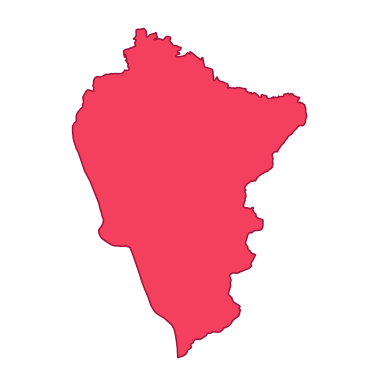 Botene, Xaignabouri, Laos (Mercator projection), rotated 178°
{"feature_id": "54806243B51451438930517", "entity_name": "Botene", "entity_type": "district", "adm_level": 2, "iso_a3": "LAO", "parent_name": "Laos", "parent_adm1": "Xaignabouri", "projection": "mercator", "projection_center": [101.063, 17.709], "detail": "fine", "context": "isolated", "style": "filled", "palette": "rose", "viewbox_px": 384, "rotation_deg": 178, "n_neighbors": 0, "source": "geoboundaries", "source_scale": "gbopen_adm2", "svg_char_len": 6045}
<svg xmlns="http://www.w3.org/2000/svg" viewBox="0 0 384 384"><g transform="rotate(178 192 192)"><path d="M309.0,262.5L309.3,257.0L308.8,249.6L308.0,246.1L306.3,239.9L304.2,235.4L298.6,216.9L293.3,205.9L285.5,184.0L284.5,178.6L283.3,174.5L282.6,170.8L281.4,167.7L282.2,163.6L283.9,160.5L286.5,157.6L286.4,154.1L285.0,150.6L283.0,148.0L279.0,145.1L274.4,142.1L272.0,141.1L263.5,140.1L260.3,140.4L255.8,138.7L253.7,132.8L248.4,115.6L244.7,102.4L242.8,96.9L239.8,89.4L237.1,80.4L235.6,77.3L232.6,72.9L230.8,71.2L224.3,67.0L217.0,60.1L214.7,55.5L213.6,50.3L212.7,43.2L212.1,35.4L212.1,27.7L211.9,27.0L206.8,28.4L204.9,29.4L203.4,30.6L202.7,31.8L201.8,34.0L201.4,34.5L198.4,36.2L198.1,36.9L198.3,38.1L198.9,39.7L198.3,40.1L197.0,40.5L196.2,41.2L195.4,42.8L194.5,44.1L193.5,44.6L192.5,44.7L189.2,44.5L187.8,45.0L182.8,48.1L181.7,50.0L181.1,50.2L178.0,50.3L176.4,51.4L175.7,51.5L170.5,51.0L169.1,51.2L168.4,51.5L166.9,52.7L165.0,54.7L164.1,55.2L161.9,55.9L160.1,56.8L158.3,58.3L155.4,62.5L149.4,66.7L147.9,72.1L147.9,72.5L149.1,73.8L149.1,74.1L148.0,75.7L148.3,76.4L148.7,76.8L154.3,80.6L155.6,83.2L155.7,84.4L156.1,85.1L156.8,86.0L158.6,87.6L159.0,88.4L159.0,90.1L158.7,91.0L157.6,93.8L157.5,94.8L156.8,96.2L156.6,97.3L156.8,98.7L157.1,99.4L156.0,102.7L157.4,106.8L156.9,107.8L156.0,108.7L154.4,109.6L153.4,109.7L150.6,109.3L149.0,109.4L147.9,109.8L146.6,110.6L143.8,111.4L137.1,114.1L135.2,115.8L135.1,116.2L135.7,118.0L134.5,120.5L133.3,122.1L131.9,124.9L130.7,126.6L130.8,126.9L131.8,127.7L134.2,128.5L134.7,128.9L136.1,131.1L137.6,132.3L138.0,132.9L138.1,134.5L138.4,135.3L140.1,138.3L140.3,139.6L138.5,144.7L137.7,147.4L136.7,148.7L135.2,149.4L134.0,149.1L131.1,151.1L128.9,151.2L127.4,151.5L125.5,151.5L124.4,151.8L123.2,153.0L122.4,154.9L122.0,160.9L122.1,161.5L122.6,162.1L124.6,162.5L127.4,163.8L128.6,165.2L128.9,167.1L129.3,168.1L130.9,169.3L131.2,171.0L131.8,171.9L131.9,172.3L131.3,173.5L131.5,174.4L132.3,174.4L134.2,173.1L136.7,174.2L139.6,174.4L140.2,174.7L141.0,175.6L141.0,176.4L140.4,178.8L140.0,180.1L139.3,181.1L139.2,183.3L138.2,185.6L138.5,188.4L139.3,190.8L139.3,191.1L138.1,192.1L139.1,193.4L139.3,194.7L137.4,196.9L136.7,198.2L135.8,198.5L133.2,200.4L132.0,200.8L130.9,200.5L129.8,201.1L128.5,201.0L128.0,201.2L126.6,203.6L124.4,205.9L122.9,206.6L120.9,208.0L120.0,208.2L118.4,209.4L115.9,210.0L115.0,211.0L111.7,213.0L111.0,214.0L110.1,217.3L110.1,218.3L110.5,219.7L109.8,222.3L110.4,224.1L110.5,226.0L110.4,226.7L109.8,227.8L108.3,229.0L107.7,229.3L105.0,229.3L104.6,230.9L102.9,232.9L102.0,234.4L101.2,235.4L98.9,237.5L96.1,241.3L94.7,242.4L94.5,243.5L94.1,244.1L89.8,246.9L88.7,248.7L84.8,252.3L83.3,254.0L82.9,254.4L82.0,254.6L79.0,254.5L78.4,254.7L77.7,255.3L77.1,256.1L76.3,257.9L75.6,261.7L74.8,263.4L74.7,264.1L75.5,267.5L75.6,269.6L75.4,270.8L75.7,272.7L76.5,274.5L76.4,275.4L77.3,275.6L77.6,276.1L78.6,277.0L79.2,277.2L80.3,277.0L80.9,278.1L82.2,277.5L82.7,277.8L83.3,278.5L83.1,279.6L81.8,281.1L81.2,282.2L81.2,282.7L83.9,283.4L87.1,284.9L87.9,286.5L89.8,286.9L90.1,286.8L90.4,286.1L91.3,285.8L91.7,285.9L92.1,287.1L92.5,287.3L93.5,286.7L96.3,286.7L96.8,285.9L97.1,284.6L97.7,284.2L99.0,284.4L101.2,284.1L102.2,284.8L102.4,284.6L102.3,283.9L103.5,283.4L105.8,283.9L106.9,283.1L107.1,283.3L107.4,284.1L107.7,284.2L110.1,282.6L111.0,282.9L112.9,282.7L113.5,283.2L113.9,285.2L118.0,286.6L118.4,286.9L119.0,286.8L119.5,286.4L119.2,285.0L119.4,284.5L121.1,284.6L121.6,284.8L123.5,287.1L125.9,289.0L127.7,288.5L128.7,287.9L129.0,288.2L129.4,289.4L129.7,289.4L130.4,288.7L130.7,288.7L134.3,291.1L134.6,291.4L134.5,293.2L135.0,293.5L136.9,293.5L140.9,294.7L144.0,294.8L145.2,294.0L145.8,294.0L146.6,294.6L149.0,294.5L150.0,295.1L150.5,295.1L152.2,294.6L152.6,295.2L152.1,296.8L152.1,297.5L152.5,298.4L156.6,300.7L160.9,302.2L161.8,303.3L162.8,305.9L163.2,305.9L163.5,305.7L164.7,303.4L165.3,302.9L165.9,302.7L166.6,303.3L166.8,304.3L166.3,305.8L166.7,307.7L167.0,313.0L167.2,313.4L168.2,314.2L170.3,315.0L173.9,316.2L175.2,316.4L176.5,325.6L176.8,325.8L177.1,325.9L177.6,325.6L178.5,323.9L179.0,324.0L179.9,325.1L181.4,325.8L186.1,330.2L188.3,331.9L189.0,332.1L189.4,330.2L190.0,330.4L190.9,331.1L191.6,331.2L193.6,329.2L196.7,328.0L199.3,327.7L202.3,327.7L203.0,327.9L203.3,328.3L203.2,328.8L202.5,329.6L199.8,330.2L199.5,330.5L199.4,330.8L199.8,331.4L201.1,331.9L201.6,332.3L201.8,333.0L201.6,333.3L199.7,333.9L198.7,334.6L198.2,335.2L197.9,336.7L198.2,337.1L199.7,337.0L202.2,338.6L203.3,339.0L205.4,338.8L208.8,343.7L208.7,344.8L207.8,346.1L208.0,347.1L208.8,347.7L210.0,348.2L211.9,348.4L212.8,347.8L215.1,345.3L215.8,345.0L216.5,345.1L217.8,345.9L219.7,346.5L223.1,345.5L224.2,345.5L224.5,345.7L224.3,346.0L221.6,347.1L221.1,347.9L222.0,350.0L222.1,352.2L222.5,352.4L223.0,352.3L224.5,351.6L226.5,351.3L228.9,350.5L230.6,348.7L231.5,348.5L232.0,349.3L232.1,354.3L233.8,356.6L234.3,357.0L234.8,357.0L237.5,356.5L241.1,356.4L242.0,355.9L242.3,355.5L242.3,351.0L242.6,349.8L243.3,348.6L245.1,347.2L244.9,346.7L243.2,346.4L242.7,346.0L243.2,344.4L244.0,343.2L243.9,342.2L243.2,340.0L243.3,339.7L245.4,339.3L247.0,338.1L248.6,338.1L250.5,337.2L252.6,336.9L254.2,336.3L255.4,335.3L255.5,334.1L255.1,332.3L255.3,331.3L254.6,331.0L253.9,331.7L253.5,331.1L253.6,330.6L254.8,329.9L254.9,329.5L254.5,329.1L253.1,328.9L252.7,328.4L252.9,326.9L253.8,325.9L253.8,325.6L253.4,325.4L252.7,325.4L252.4,325.0L252.5,323.8L251.5,322.4L251.3,321.6L251.9,319.8L250.6,317.8L250.7,316.7L251.6,316.0L252.9,315.7L254.8,316.2L256.0,314.6L256.3,313.9L258.5,312.8L262.6,312.9L264.0,313.1L266.9,312.9L268.6,313.2L271.1,312.5L274.2,312.5L277.6,310.6L279.1,310.4L280.1,310.1L281.2,310.5L282.8,310.6L283.4,310.4L285.4,309.1L286.3,307.0L286.7,303.4L287.1,302.6L287.2,301.0L286.6,299.9L286.9,296.2L287.8,296.1L291.4,297.6L293.0,297.6L294.0,296.8L297.6,290.9L297.8,289.6L297.3,286.3L297.4,284.8L298.0,283.9L298.4,282.7L298.4,281.2L298.2,280.8L300.4,279.1L303.6,275.3L304.2,274.4L304.5,273.1L305.0,272.2L305.2,269.6L305.0,268.2L305.2,267.1L305.7,266.2L307.3,265.0L308.2,263.1L309.0,262.5Z" fill="#f43f5e" stroke="#9f1239" stroke-width="1.5"/></g></svg>